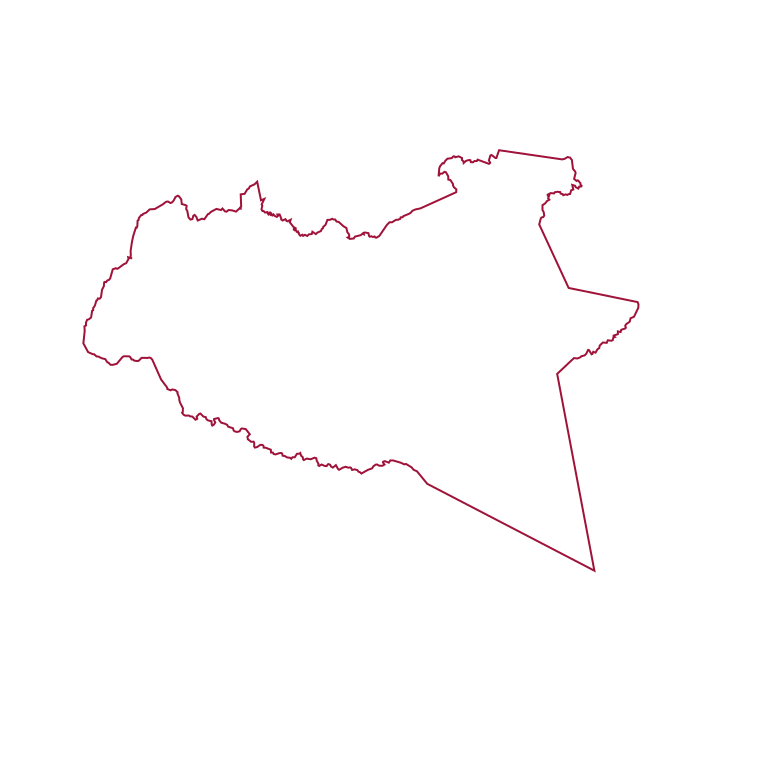 the district of Las Tablas, Los Santos, Panama, rotated 249°
{"feature_id": "35544464B24860146435947", "entity_name": "Las Tablas", "entity_type": "district", "adm_level": 2, "iso_a3": "PAN", "parent_name": "Panama", "parent_adm1": "Los Santos", "projection": "albers", "projection_center": [-80.265, 7.651], "detail": "fine", "context": "isolated", "style": "outline", "palette": "rose", "viewbox_px": 768, "rotation_deg": 249, "n_neighbors": 0, "source": "geoboundaries", "source_scale": "gbopen_adm2", "svg_char_len": 6166}
<svg xmlns="http://www.w3.org/2000/svg" viewBox="0 0 768 768"><g transform="rotate(249 384 384)"><path d="M308.2,353.3L308.6,355.6L311.1,354.9L311.8,355.4L311.6,357.3L308.8,360.3L310.4,362.5L309.3,365.2L304.4,371.6L301.7,374.1L301.5,375.9L296.3,379.9L293.3,380.9L290.7,383.5L275.3,388.6L134.3,513.5L331.4,549.3L340.1,570.6L338.5,573.8L338.6,577.1L339.2,578.1L338.8,581.6L339.8,583.7L342.7,586.8L342.2,587.5L337.4,588.4L337.4,589.4L339.1,590.9L337.5,592.7L339.9,595.7L340.4,597.8L342.6,599.2L344.3,603.2L342.6,606.7L344.6,608.6L342.9,611.8L343.0,613.3L345.2,614.8L345.1,616.3L346.5,615.5L346.9,615.7L346.7,620.2L349.3,621.2L347.7,623.5L349.6,624.9L349.4,629.2L350.0,630.0L351.8,630.0L353.0,631.3L354.1,635.7L357.0,637.7L357.2,641.5L363.9,648.6L367.1,650.1L369.6,650.1L407.5,590.8L477.4,586.1L482.5,589.8L483.0,590.8L482.8,592.6L483.9,594.0L487.6,594.7L489.7,594.3L494.2,596.1L494.8,599.1L496.4,601.7L496.8,604.4L498.6,603.8L500.7,605.7L501.2,604.4L502.1,604.6L502.5,607.9L501.0,611.1L501.8,612.3L501.4,614.5L500.0,617.3L498.5,617.1L497.1,618.9L496.0,619.0L495.9,621.6L494.8,623.0L495.1,624.1L494.7,625.8L497.8,628.2L497.7,630.4L502.4,631.1L500.6,633.4L499.1,633.5L496.8,635.5L498.3,636.9L497.7,639.0L498.4,639.5L499.1,638.9L501.2,639.3L504.3,638.2L504.8,637.6L504.6,636.5L507.4,635.0L512.3,638.5L513.9,638.6L517.1,637.5L525.8,639.7L528.7,638.8L530.1,636.7L529.5,633.7L529.8,630.9L561.0,575.2L554.7,569.9L555.0,569.1L559.3,566.4L559.2,565.2L555.2,562.1L552.4,562.4L551.9,560.9L559.9,551.8L558.9,550.6L559.7,548.3L559.1,546.6L560.0,544.6L562.0,544.8L562.7,543.4L562.9,540.4L561.8,537.6L563.4,538.0L565.2,537.0L567.0,537.8L569.8,535.3L570.1,531.8L571.1,531.5L571.7,530.4L570.6,528.1L571.6,524.0L570.5,521.4L568.5,518.8L569.2,517.8L567.2,514.4L565.6,512.9L558.4,509.4L560.3,511.9L559.5,513.8L560.4,516.5L559.5,517.7L554.9,518.4L551.8,517.3L550.6,519.1L545.9,520.1L544.6,519.6L542.6,519.8L539.8,521.3L537.2,520.1L534.9,481.0L535.7,475.8L535.5,472.5L534.4,470.6L533.9,468.3L533.8,462.4L533.0,461.1L533.6,459.3L532.4,458.3L532.3,455.9L533.0,454.1L532.1,449.5L533.0,447.1L531.6,443.9L523.9,432.7L523.3,429.4L523.9,428.4L525.1,428.1L525.2,426.3L526.5,425.1L526.6,423.5L527.5,423.1L530.5,423.5L532.4,420.2L532.4,419.0L531.0,418.8L532.0,417.8L531.3,415.7L532.0,409.7L530.7,407.9L531.7,404.1L533.8,402.6L533.9,404.3L536.1,405.0L538.9,404.2L543.1,404.8L545.8,402.7L551.5,399.8L552.7,397.9L555.0,397.4L555.6,395.9L556.8,394.9L556.6,392.5L557.5,390.0L553.5,386.4L552.5,383.6L551.3,382.8L551.0,381.5L549.4,379.9L549.2,376.1L548.4,374.1L551.8,371.7L549.9,370.3L550.6,367.4L549.7,365.4L551.6,363.6L551.3,361.6L552.6,361.3L552.4,359.0L554.1,358.4L555.7,358.6L556.4,357.9L557.2,358.3L557.5,357.0L560.0,356.9L559.5,355.8L560.5,355.1L561.1,355.4L561.4,357.1L563.0,355.8L568.7,354.0L570.8,355.7L570.5,352.2L571.2,351.4L573.2,351.1L573.0,347.9L574.4,347.0L575.3,347.4L579.7,347.3L580.4,345.3L579.1,345.5L578.4,343.9L579.7,342.5L582.0,341.5L581.2,340.4L581.7,339.8L583.0,339.8L582.7,338.8L583.3,338.7L584.2,339.6L584.9,339.3L585.0,338.5L583.7,337.9L583.5,337.0L585.1,336.5L586.3,336.7L586.7,334.4L588.6,333.6L589.1,332.5L591.0,332.2L594.0,334.3L595.4,334.1L599.7,338.6L599.6,335.0L618.3,338.1L616.8,334.7L616.5,329.6L615.0,327.9L614.7,326.1L611.5,322.0L612.4,318.2L600.7,314.2L600.3,312.9L599.1,313.0L599.5,311.5L598.0,307.6L600.4,304.6L602.1,301.3L601.3,298.7L602.2,297.4L605.7,296.1L604.8,294.2L607.5,290.3L606.7,284.0L605.6,281.6L605.7,280.5L602.2,275.3L603.5,273.4L603.4,268.7L607.2,268.7L609.7,267.8L609.4,266.3L606.6,264.2L606.9,262.2L609.6,261.2L616.2,262.4L618.3,262.0L620.9,263.6L622.0,263.0L624.5,259.7L629.0,260.9L632.8,259.8L633.7,258.9L633.3,256.4L630.6,253.3L629.4,251.0L629.6,249.4L631.8,247.7L632.2,245.8L631.0,241.9L629.5,232.7L631.0,227.8L629.2,223.4L629.1,220.0L628.4,219.0L628.7,217.9L626.8,214.6L625.0,213.6L624.8,212.5L619.6,210.2L618.5,209.0L618.9,208.4L612.3,203.1L607.1,199.7L599.2,195.2L594.6,193.6L593.1,192.6L591.5,193.7L594.0,190.6L592.3,190.3L589.2,186.6L589.1,184.0L587.1,176.8L587.2,176.0L588.2,175.2L588.3,171.9L580.7,166.2L579.8,164.6L579.8,162.7L578.7,161.1L579.4,159.9L579.2,159.2L575.7,157.5L573.0,154.5L566.6,151.0L565.5,149.1L566.4,147.5L564.9,146.2L564.9,145.3L560.9,142.3L559.0,139.6L557.2,139.0L557.0,137.8L551.1,134.4L550.2,131.8L550.3,129.8L547.9,127.6L545.4,126.8L545.2,125.0L540.8,123.6L529.7,117.9L519.8,119.2L516.0,123.0L515.7,124.0L512.8,125.5L511.9,127.3L509.3,129.6L507.1,132.7L503.4,133.5L502.7,134.4L500.1,135.5L499.2,137.1L498.6,141.8L502.9,149.5L503.1,151.1L501.2,155.9L500.3,156.7L497.4,157.1L496.9,158.3L495.4,159.1L493.8,162.0L493.6,163.3L495.3,167.1L493.1,172.5L492.8,174.4L491.8,175.6L489.8,176.4L468.1,177.5L458.3,180.3L457.0,179.9L454.6,182.5L454.8,184.4L453.0,187.1L450.3,188.4L449.5,187.8L444.4,187.9L442.7,187.2L439.8,186.9L433.4,187.6L429.8,186.0L429.5,185.2L427.3,185.8L425.7,187.1L424.5,190.5L423.3,191.4L422.3,193.4L418.2,195.2L418.4,197.1L420.7,197.4L422.3,200.8L422.2,202.0L418.2,203.8L417.0,205.7L414.9,205.6L413.0,206.7L411.1,209.6L407.7,208.6L406.7,208.8L407.0,210.6L408.6,212.7L411.1,212.4L412.2,212.8L411.7,216.8L411.0,217.4L409.1,217.2L406.2,218.2L403.8,221.4L402.1,222.9L399.9,223.3L396.9,227.1L394.4,227.0L393.4,227.5L391.9,229.6L391.6,232.2L393.3,234.4L393.4,235.5L391.4,238.8L385.2,240.7L383.7,237.6L381.2,237.1L377.6,239.3L376.9,241.6L375.4,241.7L372.2,240.4L370.9,240.7L370.6,243.0L371.5,246.7L370.7,248.7L369.6,249.3L367.7,248.9L366.9,250.7L363.2,254.8L360.5,254.0L359.7,255.8L358.2,255.9L357.1,257.5L357.0,261.3L356.4,263.4L355.5,264.0L353.4,263.7L352.2,265.7L350.1,267.3L348.8,269.9L347.4,270.6L348.4,272.3L347.6,274.4L350.0,277.7L349.3,280.0L349.6,281.1L346.8,280.9L344.9,281.9L342.6,281.5L341.7,281.9L342.1,285.1L340.0,288.5L340.1,292.8L338.9,294.2L336.6,293.7L332.9,294.2L331.6,293.5L330.7,294.1L331.2,296.9L328.9,299.1L327.9,301.0L329.1,302.8L329.0,303.7L327.8,304.8L325.8,305.0L324.3,306.3L325.5,310.0L321.2,310.6L320.0,311.3L320.7,315.6L320.4,318.7L318.7,320.6L318.2,322.6L317.4,323.2L315.2,323.4L314.8,326.1L313.2,328.2L311.2,328.8L310.2,330.0L308.5,330.8L309.6,338.1L309.5,342.6L311.0,344.6L311.7,347.3L311.4,348.6L309.4,350.3L308.2,353.3Z" fill="none" stroke="#9f1239" stroke-width="2"/></g></svg>